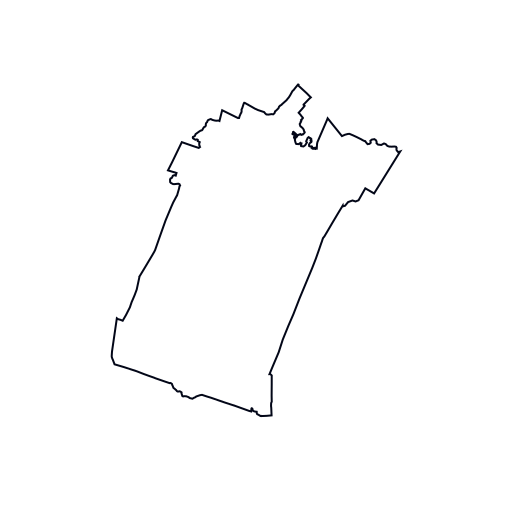 Izvoru, Arges, Romania, rotated 144°
{"feature_id": "2599482B92103311949718", "entity_name": "Izvoru", "entity_type": "district", "adm_level": 2, "iso_a3": "ROU", "parent_name": "Romania", "parent_adm1": "Arges", "projection": "equal_earth", "projection_center": [25.054, 44.498], "detail": "fine", "context": "isolated", "style": "outline", "palette": "ink", "viewbox_px": 512, "rotation_deg": 144, "n_neighbors": 0, "source": "geoboundaries", "source_scale": "gbopen_adm2", "svg_char_len": 5868}
<svg xmlns="http://www.w3.org/2000/svg" viewBox="0 0 512 512"><g transform="rotate(144 256 256)"><path d="M249.1,391.7L268.9,381.1L276.9,377.0L271.5,369.9L273.7,368.2L274.5,369.4L276.1,369.8L278.1,368.7L278.9,368.7L279.4,369.0L280.5,368.5L282.0,366.3L281.9,365.1L280.8,362.9L279.6,362.0L278.2,361.2L276.3,360.1L275.7,359.1L276.0,357.6L276.9,357.4L278.6,355.8L284.4,351.3L284.7,351.3L291.5,348.0L295.8,345.5L308.3,337.9L322.6,328.1L334.0,320.2L335.7,319.3L339.5,317.6L352.6,312.0L360.9,308.5L362.4,307.9L362.6,307.8L362.6,307.6L372.2,299.0L377.0,295.8L380.8,293.5L383.7,291.8L388.2,288.6L395.8,284.7L401.9,282.0L403.2,284.1L404.8,286.1L405.2,287.4L428.6,263.4L429.7,262.1L431.1,260.4L431.6,259.8L432.1,258.9L432.7,257.0L432.7,256.6L434.1,251.5L428.1,243.7L420.2,232.8L416.1,226.4L414.6,224.2L413.4,222.4L410.0,217.5L409.3,216.3L404.0,208.7L400.6,203.9L400.0,203.7L399.7,203.3L399.5,202.9L399.2,201.8L399.6,200.9L399.6,200.5L400.3,197.8L399.8,196.2L399.6,195.0L399.4,194.6L399.4,193.3L399.3,192.9L399.0,192.4L398.3,191.9L397.5,191.6L397.1,191.1L396.8,190.6L396.4,189.4L397.0,188.7L397.9,186.0L397.5,185.2L396.6,184.9L394.9,183.5L393.4,181.3L393.3,180.4L393.0,179.9L391.3,177.9L389.7,177.8L388.0,177.4L387.0,177.5L383.1,176.3L381.3,175.4L378.3,171.2L375.8,167.9L367.5,156.0L360.9,146.9L355.8,139.4L352.6,134.7L351.3,133.1L349.3,135.3L348.9,135.3L348.7,134.6L349.4,132.9L349.2,132.0L348.3,130.8L347.0,129.6L347.6,128.7L348.0,127.8L347.9,127.1L347.3,126.1L347.0,125.3L346.4,123.9L345.9,123.7L345.8,123.4L341.6,120.6L337.1,117.9L332.9,124.2L332.0,125.8L330.2,128.1L328.9,128.9L325.4,133.9L318.6,143.1L313.5,150.1L313.6,150.9L313.9,152.1L314.5,152.5L308.3,156.3L294.2,164.8L283.4,172.7L271.0,180.4L260.0,186.9L245.7,196.1L217.5,213.3L209.1,218.7L201.7,223.8L195.0,228.5L194.6,228.7L192.3,230.4L191.0,231.2L189.3,231.6L182.8,234.4L174.6,238.0L165.5,241.9L164.1,242.5L156.2,245.8L156.6,245.1L154.5,244.3L149.8,245.5L145.3,244.2L143.4,241.6L140.3,240.8L127.8,246.5L123.7,237.2L118.5,239.3L77.9,255.8L79.9,256.4L80.1,258.8L79.5,260.1L78.7,260.7L78.5,262.0L79.5,263.1L81.8,264.6L83.8,266.1L85.0,267.8L85.3,270.3L86.3,271.8L89.4,272.2L91.8,274.4L92.2,276.4L91.4,277.3L90.9,278.9L91.5,280.9L93.9,282.1L95.7,282.0L96.6,280.2L98.2,280.0L100.0,280.9L100.2,283.9L100.1,284.7L100.7,285.3L101.9,287.5L102.0,288.0L104.6,293.0L106.6,296.6L108.6,299.9L109.9,300.7L110.4,300.9L112.7,301.8L116.0,302.5L117.1,325.3L118.3,324.5L139.4,312.0L140.8,310.7L143.7,307.2L144.0,307.5L144.4,307.5L144.7,307.6L145.0,307.6L145.2,307.8L145.2,308.0L145.2,308.3L145.0,308.5L145.6,308.5L145.8,308.6L145.7,308.8L145.6,309.1L145.4,309.2L145.4,309.3L145.7,309.4L146.3,309.4L146.7,309.3L146.9,309.3L147.1,309.5L146.8,310.0L146.6,310.3L146.7,310.6L147.0,310.6L147.3,310.5L147.5,310.8L147.3,311.1L147.0,311.2L146.8,311.3L146.6,311.2L146.4,311.4L146.4,311.8L146.8,312.2L147.5,312.6L148.0,313.0L148.4,313.7L147.6,315.0L146.5,315.5L145.4,315.8L144.5,315.6L144.2,315.7L143.4,316.4L143.4,316.6L144.0,317.0L143.9,317.5L143.6,317.6L143.2,317.7L142.8,317.8L142.5,318.0L142.5,318.7L142.7,319.4L143.1,319.6L143.5,321.2L144.7,321.2L148.0,319.3L148.1,318.9L148.1,317.9L151.1,316.7L153.2,316.7L154.9,318.4L154.5,319.5L153.8,319.7L153.2,320.1L153.1,320.3L153.5,320.4L153.8,320.7L153.7,321.4L154.1,321.4L155.7,321.4L157.6,323.0L157.4,324.4L156.5,326.7L155.8,327.9L155.7,329.3L155.4,329.9L154.8,330.1L154.4,330.1L154.5,329.7L155.1,329.3L155.0,329.0L154.9,328.7L154.8,328.4L154.9,328.1L154.6,328.3L154.6,328.6L154.5,329.3L154.3,329.4L154.1,329.3L153.9,329.2L153.7,329.0L153.6,329.4L153.6,329.6L153.6,329.8L153.8,330.0L153.9,329.9L154.1,330.0L153.8,330.8L153.9,331.3L154.1,331.7L154.1,332.1L154.6,332.7L154.8,333.3L154.6,333.5L154.2,333.6L153.4,334.2L153.2,334.5L152.7,334.4L152.0,331.4L152.0,330.8L152.3,329.3L152.1,328.8L151.3,329.3L150.8,329.3L150.4,328.9L150.1,328.8L149.8,328.9L149.5,328.9L149.0,328.6L148.5,328.6L148.4,328.3L148.2,327.9L148.2,327.4L147.9,327.2L147.3,327.2L147.0,327.2L146.7,326.8L146.0,326.9L145.7,326.9L144.0,327.3L143.9,327.4L143.7,328.2L143.7,329.0L143.2,330.0L143.1,330.4L143.1,330.9L143.1,332.1L143.4,333.3L143.4,333.8L143.6,334.2L143.8,334.5L143.8,335.0L143.6,335.6L143.3,336.6L143.2,336.8L143.0,337.0L142.9,337.2L141.3,337.8L141.2,338.2L141.0,338.3L140.8,338.4L140.6,338.4L140.3,338.6L139.8,338.7L139.6,338.9L139.6,339.5L139.0,339.6L137.9,339.8L137.2,339.9L136.9,340.1L136.8,340.4L136.9,341.1L137.0,342.6L137.0,344.1L137.1,345.0L137.2,346.0L137.3,346.8L133.1,347.7L129.8,348.5L128.4,348.9L128.4,349.1L128.7,350.3L128.6,350.5L128.3,350.6L127.4,350.7L120.6,351.9L118.4,352.1L118.7,353.8L119.3,357.8L121.7,369.6L121.0,369.8L121.1,370.0L122.1,369.8L126.5,368.6L127.7,368.2L128.8,368.1L129.8,367.9L133.8,366.0L136.3,365.0L137.7,364.7L139.8,364.1L145.9,363.5L146.5,363.3L148.3,363.5L148.7,363.3L149.5,363.3L151.0,362.3L154.4,361.8L155.6,361.8L156.8,360.8L157.7,360.6L158.8,360.5L160.1,361.7L162.7,363.0L164.2,364.2L164.5,364.7L164.6,365.3L164.8,366.4L164.8,367.6L168.6,372.9L169.7,374.9L170.2,375.7L172.3,380.4L173.4,382.8L173.4,383.0L173.6,383.2L175.1,386.5L175.5,386.9L175.8,386.8L176.2,386.6L177.9,385.4L180.1,383.8L181.7,382.9L182.4,381.8L182.8,381.3L183.8,380.5L184.0,380.5L184.4,380.4L185.5,379.7L186.2,379.3L186.8,379.0L188.6,377.6L189.5,378.2L197.7,393.8L206.2,386.7L206.7,387.6L208.5,388.7L209.7,389.8L211.0,391.4L211.4,391.9L211.7,392.8L212.3,393.5L214.8,394.1L215.6,393.9L216.5,393.3L216.8,393.1L218.0,392.9L218.5,392.7L219.5,391.7L219.7,391.3L220.0,391.0L220.4,390.8L220.9,390.6L222.4,390.8L223.5,390.4L224.6,389.9L225.2,389.6L225.8,389.5L226.5,389.7L227.1,390.0L228.9,390.1L233.3,390.1L234.8,389.1L235.6,389.1L237.0,389.4L237.5,389.0L237.8,388.3L237.1,386.5L236.6,385.6L235.5,385.2L235.0,384.7L234.8,384.2L235.6,383.2L234.6,381.2L235.9,380.3L236.8,378.9L236.9,378.1L237.1,377.8L237.3,377.6L237.3,377.1L238.8,377.1L242.2,381.8L249.1,391.7Z" fill="none" stroke="#020617" stroke-width="2"/></g></svg>